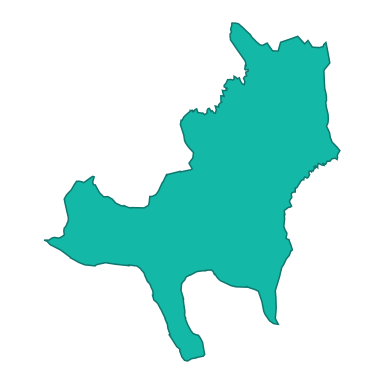 outline of Klay, Bomi, Liberia
{"feature_id": "62588387B44236806524966", "entity_name": "Klay", "entity_type": "district", "adm_level": 2, "iso_a3": "LBR", "parent_name": "Liberia", "parent_adm1": "Bomi", "projection": "equal_earth", "projection_center": [-10.826, 6.705], "detail": "fine", "context": "isolated", "style": "filled", "palette": "teal", "viewbox_px": 384, "rotation_deg": 0, "n_neighbors": 0, "source": "geoboundaries", "source_scale": "gbopen_adm2", "svg_char_len": 5638}
<svg xmlns="http://www.w3.org/2000/svg" viewBox="0 0 384 384"><path d="M267.4,43.2L266.5,43.3L262.6,45.4L260.1,44.9L256.6,42.0L251.7,37.0L250.5,34.9L250.4,34.7L246.4,31.1L243.3,28.0L238.6,23.9L236.2,23.2L232.0,23.0L231.9,23.4L231.8,23.9L231.8,24.6L231.7,25.0L231.6,26.1L231.2,27.4L230.9,28.0L230.8,28.7L230.8,29.0L230.7,29.5L230.7,29.9L230.8,30.3L230.9,30.7L231.2,31.1L231.4,31.4L231.5,31.7L231.5,32.1L231.3,32.5L231.0,32.9L230.8,33.1L230.6,33.3L230.4,33.5L230.2,33.8L230.1,34.1L230.1,34.8L230.1,36.1L230.1,36.8L230.3,37.5L230.4,38.8L230.5,39.9L237.2,49.7L239.2,52.5L245.0,60.8L245.7,63.1L245.8,63.5L245.2,65.9L246.0,65.7L245.0,67.9L244.7,68.9L245.4,69.9L248.1,69.5L248.1,71.2L245.8,72.2L245.9,73.9L246.7,75.8L244.7,76.6L243.5,78.4L244.9,81.5L244.3,84.6L242.4,84.0L240.6,81.4L239.3,77.8L237.4,78.8L235.6,77.1L234.0,76.3L234.1,77.7L233.9,79.3L232.8,80.1L231.1,79.5L227.6,79.7L226.1,83.1L224.1,85.5L224.2,86.9L227.1,88.3L226.0,89.0L226.7,90.2L225.1,90.6L222.7,90.5L222.4,90.4L223.0,93.1L224.1,96.0L224.1,96.5L222.0,95.6L221.1,96.0L220.8,95.9L220.9,98.3L221.0,101.4L221.8,102.0L220.1,103.1L218.7,104.8L218.6,107.1L217.2,106.5L215.2,106.0L216.3,109.9L215.4,113.1L214.2,113.2L212.1,110.7L211.2,111.4L209.9,109.2L209.1,108.3L208.0,108.8L207.1,110.5L207.1,112.7L205.6,114.2L204.2,114.5L203.0,113.1L200.7,113.0L197.8,112.4L197.2,110.5L196.7,108.8L195.1,109.6L194.0,111.2L193.4,110.8L193.5,111.3L192.9,111.8L192.3,111.2L191.8,110.4L190.4,110.4L190.7,110.8L186.4,114.5L183.8,117.0L182.1,120.3L181.1,120.2L180.4,124.7L181.8,128.9L183.4,133.9L183.8,135.1L184.6,140.8L185.6,142.3L185.4,142.6L187.7,146.0L188.0,146.4L189.3,148.0L193.5,152.6L192.8,158.0L190.7,160.8L189.0,163.2L192.2,168.8L191.6,169.2L190.7,169.8L180.5,171.9L180.2,171.3L173.2,173.1L168.2,174.3L166.6,174.5L166.5,174.9L166.6,175.2L166.3,175.1L162.8,182.4L162.4,182.4L161.2,185.0L160.9,185.7L158.4,191.1L156.0,194.5L152.4,196.4L149.8,196.5L149.2,202.5L148.4,205.5L146.9,206.3L144.1,207.9L131.5,207.6L131.3,207.9L128.0,207.4L124.3,205.7L124.3,206.2L120.9,205.6L115.7,203.1L112.3,199.1L109.4,197.5L107.9,196.6L104.6,196.8L103.7,196.9L99.6,192.8L98.8,191.4L96.2,186.7L95.3,184.9L94.2,185.1L93.3,184.4L93.2,184.0L93.0,183.2L92.7,181.7L94.2,176.9L93.5,176.6L93.1,176.5L92.6,176.4L91.2,177.3L83.8,182.6L81.9,181.8L79.0,181.2L76.6,181.3L74.8,183.9L74.3,184.7L74.0,185.2L71.1,190.2L69.9,191.3L66.6,194.8L64.2,199.1L64.3,199.3L65.1,203.5L68.4,217.8L68.1,221.2L67.1,223.4L66.4,225.2L66.3,225.4L65.3,227.1L64.2,228.1L63.8,231.1L64.3,234.5L63.8,235.3L61.6,236.8L60.1,237.6L59.1,238.1L56.6,237.8L54.3,237.4L53.4,237.7L51.9,238.1L49.0,240.1L45.5,240.1L44.1,240.2L47.0,241.2L50.2,244.7L60.6,250.0L70.4,257.3L70.3,257.7L79.0,262.5L84.7,264.8L95.1,265.9L96.6,264.6L97.1,264.5L105.5,262.7L115.1,264.2L128.3,265.6L128.8,265.7L128.6,265.0L137.0,266.0L140.2,268.4L143.9,272.8L145.1,276.1L147.6,281.8L148.1,281.8L150.3,284.9L151.2,287.5L152.8,290.8L153.2,295.0L152.5,295.1L153.8,299.9L155.2,301.1L157.7,303.4L160.6,309.0L160.8,309.0L163.6,315.0L164.4,316.6L165.1,318.0L165.3,318.5L165.0,318.7L165.5,319.9L166.8,323.0L167.2,323.0L167.9,328.3L170.1,334.6L169.2,334.9L170.3,336.5L171.8,338.8L174.9,343.7L176.9,346.8L179.0,348.4L179.8,349.0L179.7,350.9L180.3,352.5L181.9,356.9L184.5,360.3L187.7,361.0L191.5,358.7L196.2,357.9L196.2,357.6L203.4,356.1L204.7,354.3L203.7,349.2L202.6,342.5L200.5,338.3L198.4,335.2L196.2,334.8L193.1,333.5L191.1,331.0L187.8,325.0L185.3,318.8L185.8,318.2L184.8,316.1L184.5,313.4L184.8,313.4L184.8,310.8L184.0,305.7L183.8,304.4L183.2,298.7L183.5,298.7L180.8,289.8L181.1,289.7L181.5,284.9L181.8,283.5L181.6,283.3L184.5,280.2L185.6,278.1L186.2,276.9L190.3,274.8L190.5,275.0L196.8,271.6L202.7,270.8L205.4,270.8L205.3,270.4L205.9,270.4L209.3,270.1L211.4,270.0L213.1,271.4L214.4,274.5L215.0,274.2L217.6,278.0L220.3,280.6L226.1,283.3L230.9,285.6L235.8,286.8L246.8,287.2L246.8,286.7L249.6,287.8L254.8,289.5L258.3,291.2L258.4,291.4L260.0,296.0L261.9,301.5L263.8,311.3L264.3,312.5L265.3,314.7L269.5,320.7L273.6,323.6L278.3,324.3L278.0,323.7L275.3,318.5L275.5,316.4L276.2,308.3L275.9,297.6L275.8,296.8L275.3,290.6L279.3,277.5L279.5,276.9L280.3,273.3L281.8,267.3L283.7,264.5L286.0,259.5L286.3,258.9L289.3,255.4L290.8,251.0L291.0,251.1L292.4,250.0L292.3,249.6L290.3,243.2L289.9,242.9L289.0,239.6L286.7,238.9L286.1,237.8L286.8,234.5L286.8,232.9L285.3,230.4L283.8,226.4L284.6,218.8L284.3,214.6L284.9,214.6L284.2,210.6L287.1,208.4L288.5,207.3L290.4,207.1L291.6,206.2L290.4,203.7L289.4,201.1L290.6,199.1L291.8,197.5L291.3,194.4L291.6,193.1L294.0,192.0L294.9,192.0L295.3,192.0L295.2,188.0L296.3,188.0L296.9,187.6L298.4,185.1L300.0,182.7L300.3,181.5L301.2,180.9L302.3,179.8L303.8,179.8L303.8,179.3L303.9,178.2L305.0,176.9L307.0,178.1L308.2,177.4L309.6,174.7L309.3,174.5L308.9,172.3L309.3,171.2L310.4,171.1L311.6,172.0L312.1,170.7L313.1,171.0L313.9,169.2L315.6,167.8L313.9,166.9L315.5,165.8L317.7,167.7L317.6,165.4L318.3,163.4L321.8,165.0L324.0,165.4L323.0,163.7L325.6,164.3L327.2,161.2L329.9,161.3L331.9,158.8L335.2,158.2L337.1,159.5L337.4,158.1L337.6,157.3L337.2,155.9L338.0,153.7L339.9,150.6L336.7,146.8L332.1,142.1L330.3,137.4L330.1,136.0L329.6,133.0L328.3,129.9L326.5,126.3L328.0,122.7L328.3,119.2L328.1,114.5L326.4,107.4L325.7,101.9L326.5,100.7L326.4,96.2L325.8,92.7L324.7,88.4L324.3,80.7L324.0,73.1L323.9,70.9L324.3,69.7L327.4,66.0L329.8,62.9L328.8,57.3L327.1,48.2L325.9,42.5L323.7,44.6L323.2,46.2L323.1,46.6L321.2,47.1L319.6,47.6L318.5,47.5L316.2,47.4L312.4,47.2L309.4,42.6L308.0,40.5L306.5,42.0L304.6,43.9L302.5,41.5L297.7,36.3L295.5,37.1L295.0,37.3L292.3,38.3L291.8,38.5L280.6,42.3L278.1,51.1L272.5,50.8L271.3,49.0L267.4,43.6L267.4,43.2Z" fill="#14b8a6" stroke="#0f766e" stroke-width="1.5"/></svg>